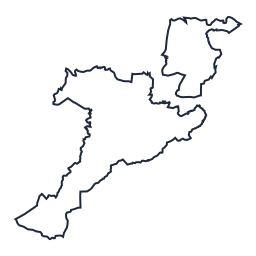 Muara Enim, Sumatera Selatan, Indonesia (Mercator projection)
{"feature_id": "22746128B32446581498560", "entity_name": "Muara Enim", "entity_type": "district", "adm_level": 2, "iso_a3": "IDN", "parent_name": "Indonesia", "parent_adm1": "Sumatera Selatan", "projection": "mercator", "projection_center": [104.014, -3.695], "detail": "fine", "context": "isolated", "style": "outline", "palette": "slate", "viewbox_px": 256, "rotation_deg": 0, "n_neighbors": 0, "source": "geoboundaries", "source_scale": "gbopen_adm2", "svg_char_len": 5729}
<svg xmlns="http://www.w3.org/2000/svg" viewBox="0 0 256 256"><path d="M41.9,235.2L43.5,236.2L47.2,236.6L49.5,239.0L50.3,239.1L52.1,237.7L53.2,237.8L53.7,238.3L54.8,238.2L55.7,235.8L60.4,235.5L61.8,235.9L63.1,236.8L63.9,233.1L66.9,227.5L67.4,225.2L67.8,220.8L66.3,218.1L66.0,215.6L66.2,213.9L66.9,212.6L70.1,211.9L71.0,210.9L71.1,209.9L74.1,209.2L78.1,207.7L80.5,207.6L80.2,196.7L80.4,191.6L87.2,191.4L91.1,188.9L91.4,189.0L91.1,188.9L94.6,184.0L95.8,183.3L98.2,182.8L100.5,180.3L101.5,180.0L102.8,178.7L103.8,178.8L104.8,177.0L107.0,175.8L108.2,173.3L110.6,172.0L110.9,171.2L110.6,169.6L111.2,167.9L110.8,166.1L111.0,165.4L116.6,163.7L118.6,161.0L121.5,160.3L122.8,159.5L127.5,164.6L130.8,163.6L132.1,163.6L132.7,162.7L135.2,163.1L136.0,162.3L138.6,162.1L140.4,162.5L142.1,160.8L142.7,160.6L145.6,161.2L148.3,160.1L148.4,160.7L152.3,158.9L153.8,157.3L157.5,155.4L159.8,152.8L160.7,152.5L161.3,152.8L162.2,152.6L162.5,152.2L162.5,149.2L163.3,148.2L164.2,147.8L166.7,145.0L167.0,142.5L170.0,141.5L173.3,139.6L175.2,137.8L177.5,140.4L178.2,140.8L180.2,140.4L180.7,139.7L182.8,138.6L184.7,139.8L186.0,139.7L186.9,140.0L190.5,138.5L190.8,138.1L188.8,135.2L189.4,132.0L191.3,131.6L192.3,129.4L194.7,128.6L195.0,128.2L196.0,128.1L196.8,127.4L198.3,127.1L198.7,126.3L200.2,126.0L200.5,125.0L202.1,123.7L202.2,122.7L202.9,122.2L202.6,121.6L203.8,120.6L203.9,120.0L203.6,120.0L204.8,118.8L204.6,118.4L205.4,117.4L205.3,116.7L205.8,116.3L205.8,114.9L206.1,114.8L204.7,112.1L204.5,110.8L203.5,110.4L202.4,109.2L202.5,108.7L200.5,107.7L199.6,106.8L199.9,106.0L199.5,105.4L198.0,106.0L197.1,105.5L195.7,107.5L194.6,108.4L194.6,109.8L193.5,110.4L191.9,110.6L191.8,111.0L190.5,110.9L190.0,111.5L189.6,111.3L188.0,112.1L188.5,113.2L187.9,113.9L187.1,113.4L186.2,113.6L181.6,116.0L180.8,116.0L179.7,115.6L178.1,114.0L177.8,113.1L178.7,111.3L178.2,106.3L177.9,106.3L178.0,107.1L177.7,107.3L176.1,106.6L173.2,108.1L167.8,107.2L169.5,103.4L169.6,102.6L169.2,102.1L168.0,103.0L166.9,102.7L165.9,103.1L164.4,102.7L164.9,101.5L163.1,101.4L163.8,103.2L160.1,102.5L159.9,103.3L158.2,103.7L156.6,103.1L155.0,103.2L154.5,103.5L152.2,103.1L151.6,102.2L151.8,101.8L151.5,101.3L149.7,99.4L151.4,97.2L151.9,95.7L151.5,95.2L151.7,94.7L149.3,94.7L150.1,93.9L151.1,91.5L150.5,88.8L151.0,88.1L152.4,87.9L152.9,87.3L152.6,85.8L152.9,84.9L153.0,79.3L149.8,76.4L149.7,73.2L148.4,74.1L147.8,73.1L147.4,74.9L146.2,74.4L143.6,72.3L142.4,73.7L134.2,74.2L132.4,73.8L131.4,82.1L128.9,81.3L124.1,81.2L117.4,79.3L115.5,77.0L114.0,72.6L110.6,70.4L109.9,68.5L109.3,68.5L107.6,69.7L105.4,69.9L104.9,69.2L105.1,68.0L104.6,67.1L103.9,66.9L101.7,67.7L101.1,67.4L100.3,68.2L99.3,67.5L98.2,68.1L97.6,68.0L97.1,66.4L96.5,66.3L95.0,67.2L94.0,67.4L90.8,70.2L89.7,70.7L87.2,70.6L83.4,72.0L80.6,71.7L78.0,70.9L76.5,69.6L75.1,70.7L75.0,71.6L76.1,75.6L75.1,75.8L72.5,74.7L70.8,72.0L67.9,69.3L66.2,68.5L65.6,70.9L67.4,72.9L67.3,75.9L65.9,77.8L65.6,83.1L62.2,87.9L61.8,89.2L61.1,88.5L61.1,89.8L59.5,88.8L58.8,88.9L57.8,91.8L57.0,93.2L54.6,94.2L53.7,95.0L55.0,99.7L54.9,100.9L53.4,102.1L53.4,104.0L56.0,104.6L57.7,104.7L59.2,104.3L67.9,98.2L74.0,102.5L74.7,102.5L84.3,108.5L85.8,108.8L88.7,108.5L89.7,110.1L91.2,109.6L91.5,110.1L91.1,110.7L89.7,110.6L90.2,112.2L88.8,113.3L89.1,113.7L90.1,113.2L90.6,113.6L89.9,114.7L90.6,117.6L87.4,118.9L86.1,120.2L87.3,122.4L89.8,122.6L90.0,122.2L90.3,122.4L90.2,123.6L89.5,124.1L90.5,126.8L87.2,126.2L85.0,127.4L85.3,127.8L85.8,127.6L85.8,128.5L86.8,128.7L86.7,129.5L87.7,130.6L87.9,131.4L87.6,132.3L88.0,133.6L89.6,134.3L89.8,135.1L89.3,136.5L85.7,137.3L85.1,138.1L85.2,138.7L85.0,139.2L83.6,139.3L83.8,139.9L83.3,140.9L84.5,143.3L82.9,146.3L80.8,147.9L80.7,149.7L81.9,151.7L80.8,153.6L80.7,155.1L80.1,156.4L80.4,158.1L80.0,160.4L80.2,161.5L79.4,161.7L78.7,162.6L76.9,163.7L75.5,163.0L74.7,163.1L71.2,166.7L68.4,168.2L68.4,168.9L70.4,170.9L70.5,172.1L67.2,174.5L66.6,175.7L63.5,175.7L62.6,177.3L63.1,178.4L62.9,179.7L62.3,180.5L61.7,182.3L61.9,185.4L61.3,186.2L61.0,187.7L60.0,188.6L58.3,192.2L57.5,192.9L57.2,195.1L55.8,197.4L54.4,195.7L51.0,195.9L49.1,195.2L48.4,195.6L48.0,197.0L46.4,198.8L42.2,194.1L41.7,193.9L40.8,195.2L39.6,195.9L37.2,203.2L37.1,205.5L24.8,214.0L15.4,219.2L16.3,220.0L17.5,223.2L19.2,225.3L23.7,226.7L27.8,229.3L32.6,229.8L36.3,231.4L40.2,232.0L41.8,233.7L41.9,235.2ZM170.1,20.2L170.2,23.9L168.2,30.4L166.7,39.6L165.8,49.3L164.7,51.7L162.0,54.8L166.4,56.4L165.4,56.9L165.4,57.2L167.1,58.1L166.7,58.4L165.5,58.0L166.4,60.8L165.8,61.3L166.4,63.6L166.1,64.5L164.0,66.7L162.5,69.2L162.2,71.0L162.9,74.7L167.7,75.6L168.7,75.5L174.0,74.1L176.8,72.9L178.1,72.9L181.4,74.4L185.0,75.3L179.9,84.3L179.2,86.3L178.7,90.2L177.4,90.3L176.0,92.7L176.0,94.2L177.2,95.8L178.1,95.8L180.0,96.8L182.5,97.2L189.8,96.9L194.3,97.4L199.8,95.5L200.9,95.4L201.1,84.0L203.8,83.6L204.8,80.8L208.7,79.6L210.9,76.6L211.8,78.0L213.3,75.4L215.6,72.4L215.3,69.0L216.0,66.5L214.4,67.4L214.2,64.0L216.2,58.5L218.0,57.3L218.8,57.7L221.3,54.1L220.0,49.8L215.4,49.7L212.0,48.2L211.4,47.4L209.0,43.1L209.2,42.3L208.4,41.4L208.1,38.0L207.0,37.0L207.1,35.1L206.3,34.4L206.2,33.6L207.6,31.6L208.2,31.4L208.9,30.4L211.8,29.3L212.9,29.6L213.4,30.5L213.9,30.6L216.6,29.5L216.8,30.4L217.4,30.4L222.3,30.0L227.5,31.3L228.9,32.9L238.8,25.9L239.1,25.6L238.3,24.7L240.6,23.9L236.4,21.6L234.8,20.0L231.8,17.9L229.0,16.9L227.9,17.1L226.6,18.6L226.3,19.2L226.4,21.5L225.9,22.8L225.4,23.0L224.3,23.1L223.2,22.6L223.5,21.1L223.1,20.5L220.3,20.9L216.5,19.2L215.4,19.6L213.5,21.6L212.4,22.2L210.6,24.7L209.5,25.0L207.4,24.7L206.8,23.9L206.2,19.9L205.6,19.7L201.7,20.5L200.5,20.4L196.1,18.2L194.2,17.9L190.9,18.6L189.5,18.2L184.1,17.6L185.8,20.4L186.2,22.6L183.4,20.0L180.1,18.3L178.2,18.8L174.6,20.5L172.9,20.4L171.4,19.1L170.1,20.2Z" fill="none" stroke="#1e293b" stroke-width="2"/></svg>